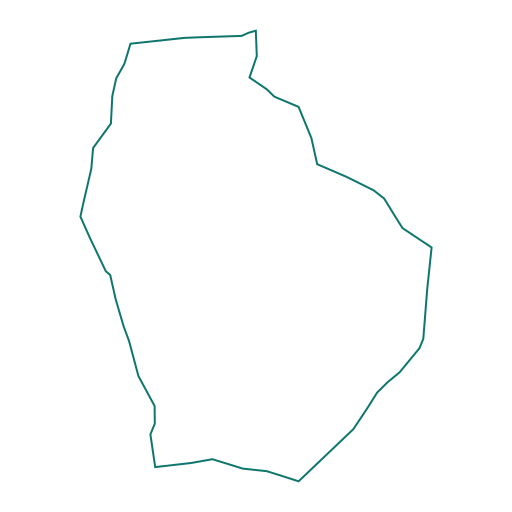 outline of Mandax, Dornogovi, Mongolia
{"feature_id": "93677404B77969966506985", "entity_name": "Mandax", "entity_type": "district", "adm_level": 2, "iso_a3": "MNG", "parent_name": "Mongolia", "parent_adm1": "Dornogovi", "projection": "albers", "projection_center": [108.365, 44.195], "detail": "fine", "context": "isolated", "style": "outline", "palette": "teal", "viewbox_px": 512, "rotation_deg": 0, "n_neighbors": 0, "source": "geoboundaries", "source_scale": "gbopen_adm2", "svg_char_len": 733}
<svg xmlns="http://www.w3.org/2000/svg" viewBox="0 0 512 512"><path d="M431.6,247.5L402.5,228.1L395.7,217.3L384.1,198.5L373.6,190.3L346.8,177.0L317.2,164.2L311.4,138.1L298.6,106.9L274.4,96.7L266.9,89.4L249.5,77.5L256.8,56.1L255.8,30.7L248.5,32.8L241.6,35.9L198.7,37.3L184.1,37.9L130.5,43.7L124.4,63.8L116.2,78.4L112.3,96.1L110.9,123.6L93.1,148.0L91.3,168.8L83.5,202.4L80.4,216.6L90.1,238.3L105.8,271.2L110.2,275.0L115.7,299.4L123.8,326.9L129.0,340.8L138.4,376.0L154.6,406.0L154.8,423.6L150.4,434.4L155.2,467.1L191.7,462.9L212.4,459.2L242.8,468.6L266.9,471.2L298.6,481.3L353.4,429.1L367.9,407.3L377.1,392.6L387.6,382.2L399.5,372.4L419.4,348.3L423.3,338.8L427.2,289.3L431.6,247.5Z" fill="none" stroke="#0f766e" stroke-width="2"/></svg>